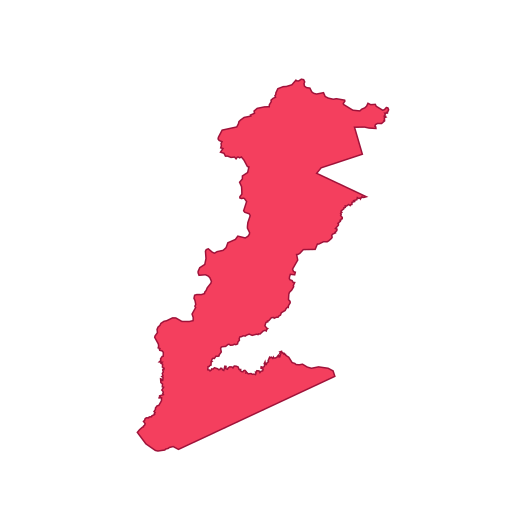 the district of Chitambo, Central, Zambia, rotated 245°
{"feature_id": "96606910B62371668778538", "entity_name": "Chitambo", "entity_type": "district", "adm_level": 2, "iso_a3": "ZMB", "parent_name": "Zambia", "parent_adm1": "Central", "projection": "natural_earth1", "projection_center": [30.302, -12.89], "detail": "fine", "context": "isolated", "style": "filled", "palette": "rose", "viewbox_px": 512, "rotation_deg": 245, "n_neighbors": 0, "source": "geoboundaries", "source_scale": "gbopen_adm2", "svg_char_len": 6145}
<svg xmlns="http://www.w3.org/2000/svg" viewBox="0 0 512 512"><g transform="rotate(245 256 256)"><path d="M398.5,366.5L396.0,360.9L396.8,355.2L398.0,352.2L398.4,346.5L395.5,343.0L393.9,342.1L393.3,340.9L391.6,340.8L391.7,338.3L390.9,335.5L389.5,335.1L387.4,332.0L385.7,331.1L387.6,326.6L389.3,319.5L388.2,315.5L386.0,315.0L386.1,310.5L385.0,310.4L386.6,303.8L385.8,299.6L385.0,297.3L383.2,295.9L381.1,293.1L384.4,278.5L379.5,272.1L378.1,271.1L376.3,271.4L374.0,273.5L372.6,271.8L370.7,271.3L368.9,269.7L367.4,271.5L365.1,267.7L362.6,270.4L359.4,270.5L358.5,272.5L355.9,275.0L354.7,278.4L352.5,279.0L353.5,280.8L353.2,281.8L351.9,282.6L351.9,284.6L348.1,285.6L340.7,286.0L339.7,287.2L335.2,283.7L334.3,277.5L331.6,276.2L329.8,272.3L324.9,272.2L320.9,270.6L318.0,269.3L316.6,266.5L315.5,265.9L314.2,267.1L313.7,269.1L312.9,269.8L309.3,270.5L302.2,263.9L300.4,264.3L297.1,267.7L295.0,267.8L289.8,262.8L286.7,260.9L284.9,260.0L280.0,260.1L278.6,259.3L277.3,257.1L276.9,253.9L281.7,247.9L279.7,244.3L279.9,236.1L276.2,232.4L275.0,228.6L276.4,222.6L276.1,219.5L277.9,218.0L282.7,215.8L282.8,213.6L281.7,212.2L274.8,209.6L270.0,206.0L269.2,200.1L266.5,197.0L265.2,196.4L262.6,196.2L260.4,202.2L258.2,204.1L256.0,205.0L251.9,204.9L250.4,203.6L247.8,198.4L245.8,196.2L244.9,194.2L243.7,193.5L244.1,190.2L246.1,186.0L246.4,183.8L243.9,181.9L241.4,181.9L237.5,180.9L236.4,179.4L234.8,179.5L230.4,173.5L226.8,173.1L224.0,171.7L224.8,167.9L228.0,161.2L233.8,157.1L235.2,154.1L235.1,147.6L235.7,145.0L235.1,141.3L233.7,139.6L233.0,137.2L231.3,135.3L228.2,134.3L226.2,130.7L225.1,129.8L217.6,130.3L215.5,129.7L214.1,128.5L212.8,129.8L212.2,129.0L211.2,128.9L209.8,130.7L207.9,131.3L204.4,129.6L204.6,128.5L203.2,126.1L201.5,125.5L200.9,123.6L199.4,126.0L199.0,124.6L197.3,125.6L194.9,124.2L193.1,125.3L192.2,124.6L192.8,124.2L192.2,123.3L190.1,123.0L189.2,121.4L186.7,121.1L186.6,119.7L185.1,120.4L182.6,118.8L183.0,118.1L184.0,118.6L185.0,117.6L181.5,116.3L179.5,117.2L177.1,115.8L176.1,116.8L174.3,114.0L172.5,114.5L171.3,114.2L170.9,113.4L169.5,113.5L170.0,109.7L169.2,109.7L168.9,108.5L168.3,108.2L167.4,110.5L164.7,109.1L161.7,104.8L162.0,103.0L160.7,100.6L159.5,100.1L158.1,97.8L156.7,98.4L156.0,97.1L155.2,97.1L155.2,94.1L154.5,93.4L155.3,91.2L154.7,90.3L155.7,88.2L155.4,86.7L154.1,85.6L153.7,84.1L151.0,84.7L149.8,83.7L149.4,82.2L148.7,81.8L148.9,80.9L147.8,77.1L146.3,73.9L132.3,76.8L122.3,82.6L120.7,84.7L118.7,91.4L119.2,92.4L118.7,95.2L119.1,96.5L118.3,100.4L113.5,104.0L113.6,276.6L119.3,277.3L123.8,273.9L129.1,265.8L130.8,258.8L133.7,255.5L138.3,252.4L139.1,249.2L140.7,246.4L142.2,245.8L144.1,243.7L150.4,242.9L153.5,240.9L154.3,241.2L154.8,240.4L155.5,240.5L155.3,239.8L156.7,239.6L157.2,239.2L157.1,238.6L158.8,238.9L159.0,237.1L158.2,237.4L157.5,236.2L156.2,236.5L154.5,234.8L155.0,234.1L155.7,234.8L156.7,234.5L155.4,232.0L155.4,230.3L156.1,229.0L157.0,229.0L156.1,227.9L158.0,227.0L157.7,225.5L158.4,225.4L156.0,222.7L154.9,222.6L154.4,220.5L153.3,219.5L153.8,218.7L156.2,219.4L154.9,217.9L154.3,218.4L152.3,216.7L152.2,215.3L153.4,213.9L152.2,213.1L150.5,214.7L149.1,213.5L149.4,211.7L148.7,210.3L150.6,210.2L151.7,208.3L150.7,207.0L150.9,206.5L149.9,206.5L148.7,205.4L149.8,204.3L150.3,202.7L151.6,201.8L152.5,199.1L154.0,198.6L154.3,197.4L155.3,198.3L157.1,197.6L157.3,196.4L156.6,195.2L157.2,194.2L158.8,193.3L159.6,194.1L160.4,192.7L163.0,192.9L164.5,191.5L165.5,189.8L164.3,187.8L165.6,187.3L166.7,185.2L166.3,183.3L165.4,182.3L166.9,180.8L167.8,181.0L167.8,181.8L168.6,182.2L169.3,181.2L165.9,178.4L167.0,177.5L168.6,177.5L169.2,176.5L168.4,175.2L168.8,174.0L170.0,173.6L172.3,171.1L171.7,169.3L172.4,168.1L171.6,167.5L171.3,165.8L172.1,165.8L173.3,164.2L176.0,165.8L175.7,167.0L176.3,167.8L176.1,169.1L178.8,170.5L179.0,171.4L179.4,170.9L181.3,172.9L181.5,173.9L180.7,174.9L182.1,177.4L181.1,179.2L181.1,180.4L181.9,180.7L183.7,184.0L187.0,184.8L188.0,185.8L188.1,186.9L186.9,190.3L187.7,193.2L187.4,194.3L185.9,195.1L185.1,197.4L185.2,199.1L184.2,200.2L184.1,202.1L185.6,203.2L186.7,205.4L188.2,205.8L189.6,207.4L189.0,208.7L189.1,210.6L187.9,212.7L188.3,213.3L188.1,216.8L185.7,219.0L184.9,223.4L183.9,224.7L184.4,225.3L183.6,226.7L185.0,230.9L184.8,232.8L183.7,233.6L184.9,234.7L185.3,235.9L186.1,235.2L189.0,234.6L191.6,236.9L191.4,238.8L192.2,238.9L192.0,240.3L193.6,243.9L192.8,246.1L191.9,246.2L191.9,248.6L191.2,250.1L192.0,251.6L192.1,253.2L193.9,255.0L194.3,259.4L195.7,261.2L196.3,263.1L195.8,263.5L197.4,264.6L199.1,267.2L200.6,267.7L202.7,267.0L207.7,269.7L209.0,271.1L210.0,273.9L212.2,277.1L213.5,277.4L215.6,279.8L216.4,278.5L218.5,278.3L220.0,276.8L221.3,276.6L223.0,277.6L224.9,279.4L222.6,283.1L224.7,284.8L226.0,283.4L228.7,283.6L234.7,292.1L240.2,293.4L239.7,294.7L239.9,296.9L241.8,301.6L237.0,312.4L240.9,316.7L240.3,317.9L240.4,323.3L238.8,326.5L239.0,328.3L240.1,332.0L240.9,333.0L242.5,333.2L243.4,334.5L243.4,337.8L244.1,337.7L244.8,339.9L246.1,340.8L247.3,339.6L249.1,343.7L250.3,344.4L251.0,344.1L251.8,347.1L252.7,347.3L252.5,347.8L253.4,348.8L253.3,349.9L254.5,350.5L256.9,349.8L257.7,350.8L258.7,350.6L259.3,352.2L259.9,351.7L260.8,352.1L261.7,355.6L262.5,355.9L262.3,357.5L263.7,358.1L263.0,359.1L263.5,361.8L261.9,362.7L262.4,363.4L262.2,364.7L264.1,365.7L263.7,368.3L264.9,368.0L264.4,371.2L266.1,372.5L264.9,373.2L264.4,374.9L263.6,374.8L264.9,377.1L264.1,377.3L263.5,378.4L263.1,381.0L305.3,345.9L308.4,352.3L303.3,395.4L331.1,399.7L327.0,408.8L324.2,412.5L320.9,418.6L322.4,419.1L323.3,418.6L324.6,419.8L324.8,422.1L323.0,425.8L324.1,429.5L324.6,429.2L325.1,430.1L326.1,430.2L327.0,431.1L327.0,432.1L327.9,431.2L328.1,432.4L329.0,431.8L330.1,433.3L331.0,433.1L330.1,435.3L330.9,435.3L330.7,436.0L332.5,438.0L334.5,438.1L335.5,436.9L334.4,434.3L334.5,432.5L340.9,428.2L343.0,428.2L344.7,423.9L347.1,422.0L345.1,419.6L344.3,417.3L344.4,413.9L343.6,411.4L347.2,405.4L356.3,399.4L357.4,399.6L358.8,402.0L359.8,402.2L364.6,395.3L365.4,392.3L368.6,388.2L371.3,386.1L375.5,386.2L377.2,379.3L379.1,377.0L381.2,375.9L385.4,375.8L387.3,372.9L389.5,371.7L392.0,372.4L393.2,373.7L395.7,373.7L397.1,371.8L396.6,368.6L397.6,366.8L398.5,366.5Z" fill="#f43f5e" stroke="#9f1239" stroke-width="1.5"/></g></svg>